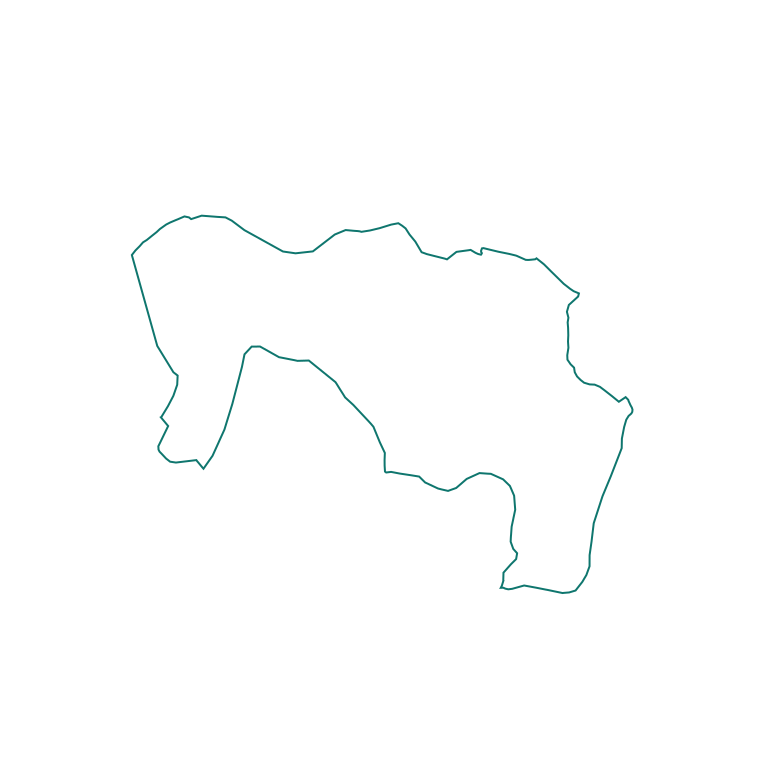 outline of As Sukhnah, Al Hudaydah, Yemen, rotated 38°
{"feature_id": "15242507B99708697665736", "entity_name": "As Sukhnah", "entity_type": "district", "adm_level": 2, "iso_a3": "YEM", "parent_name": "Yemen", "parent_adm1": "Al Hudaydah", "projection": "robinson", "projection_center": [43.357, 14.746], "detail": "fine", "context": "isolated", "style": "outline", "palette": "teal", "viewbox_px": 768, "rotation_deg": 38, "n_neighbors": 0, "source": "geoboundaries", "source_scale": "gbopen_adm2", "svg_char_len": 3273}
<svg xmlns="http://www.w3.org/2000/svg" viewBox="0 0 768 768"><g transform="rotate(38 384 384)"><path d="M481.8,192.6L476.3,194.1L471.9,194.4L463.9,194.4L446.3,192.4L436.4,191.2L426.8,191.1L426.4,192.6L423.4,195.5L421.6,197.2L419.3,198.9L409.7,201.3L408.8,201.6L402.6,204.4L392.6,209.4L384.9,212.9L378.7,215.7L377.7,216.8L378.5,219.3L379.3,220.2L380.2,220.4L380.7,220.9L380.8,222.4L378.2,223.6L375.3,224.3L369.7,225.0L368.3,226.5L360.6,234.4L359.9,235.1L359.7,235.5L356.9,247.0L354.9,247.7L354.2,248.0L344.3,252.4L337.7,255.3L336.1,255.8L332.5,257.0L321.0,252.5L312.1,250.5L305.2,248.1L300.8,248.1L296.3,248.5L291.5,254.0L284.6,263.9L278.4,271.7L272.5,278.0L270.7,278.7L270.5,278.9L269.4,279.5L266.3,281.6L259.0,286.3L257.9,288.2L253.2,296.5L252.8,298.0L248.2,315.9L246.3,323.3L233.8,335.5L222.8,341.8L179.3,348.7L163.5,349.0L156.5,350.3L150.1,354.7L136.7,363.6L130.5,372.8L127.7,372.8L126.1,373.6L123.6,374.8L122.0,377.7L120.2,381.0L119.1,382.9L116.1,388.3L114.2,392.4L112.0,399.8L111.3,404.3L109.9,410.1L108.4,416.6L106.9,420.7L106.6,426.0L105.9,431.8L105.9,437.1L105.9,437.6L181.9,493.6L210.8,504.4L216.2,504.4L216.4,504.7L221.5,511.9L225.3,523.0L227.4,534.4L228.9,547.2L228.7,547.6L239.3,549.9L239.8,550.0L242.0,560.3L243.7,568.1L244.5,572.0L245.4,573.0L246.7,574.5L247.7,575.0L248.8,575.5L251.8,575.9L258.2,576.9L263.3,576.9L268.4,574.0L283.0,559.5L284.4,559.9L285.5,560.1L292.8,561.7L293.9,561.9L293.2,548.5L293.1,546.2L289.8,532.5L289.0,529.3L286.3,518.1L283.3,510.3L276.8,493.2L271.0,479.8L261.5,457.9L259.9,454.7L258.8,452.5L255.8,446.5L255.9,445.4L256.7,436.0L258.9,434.3L263.2,430.8L279.5,428.3L284.8,427.5L286.7,426.5L298.3,420.6L301.6,419.0L310.3,411.8L344.6,412.4L346.7,413.1L352.4,415.2L358.6,417.4L361.3,418.4L361.5,418.5L372.8,419.4L378.5,420.3L394.6,422.8L398.1,423.4L402.0,424.2L416.6,432.5L427.1,437.8L431.3,443.6L434.8,448.0L438.7,452.4L440.2,452.4L443.7,448.9L451.5,444.9L461.6,439.2L468.7,435.3L476.4,436.2L476.9,436.3L490.9,433.1L494.1,431.7L500.3,428.8L500.4,428.6L504.9,421.5L507.5,408.4L507.6,407.9L510.3,402.7L514.1,395.4L520.8,390.9L523.5,389.0L534.5,386.3L536.6,385.8L545.9,386.8L548.2,388.0L555.3,391.9L564.8,402.3L568.2,409.2L568.5,409.9L568.8,410.4L572.4,417.8L576.7,424.2L577.6,425.6L578.7,427.2L580.9,430.3L586.8,434.0L587.5,434.4L593.1,435.4L595.9,440.6L595.0,447.9L594.3,459.1L598.8,465.2L599.1,465.3L601.1,470.5L601.5,472.7L603.4,471.1L605.5,470.6L608.3,469.3L611.1,466.5L618.5,456.5L624.6,453.3L625.0,453.1L629.2,450.9L637.9,446.5L639.6,445.6L653.4,438.8L654.5,437.7L658.2,434.3L662.1,428.8L662.1,424.4L662.1,417.7L661.6,414.1L661.1,410.0L658.2,401.1L651.4,392.3L649.9,389.7L644.5,380.3L643.7,379.0L640.8,374.2L635.0,364.6L629.2,348.7L625.3,338.0L619.5,317.0L611.9,291.8L610.8,288.2L605.1,280.6L599.7,270.0L596.9,263.0L596.4,258.5L596.9,256.1L596.9,255.8L597.1,255.0L596.8,253.1L595.6,251.2L593.8,250.0L591.4,249.0L589.1,247.8L587.3,246.9L586.2,246.1L582.5,245.6L580.0,253.4L571.2,253.2L568.7,253.2L565.7,253.2L561.8,253.2L555.9,253.3L550.4,254.8L546.3,257.7L540.9,259.8L536.5,259.8L531.5,259.2L527.1,257.3L523.7,254.1L519.0,253.6L513.6,251.9L510.7,248.5L507.0,241.9L502.9,237.3L499.2,232.1L494.5,226.4L490.8,222.4L488.5,218.2L483.7,214.5L481.0,207.9L483.1,195.5L481.8,192.6Z" fill="none" stroke="#0f766e" stroke-width="2"/></g></svg>